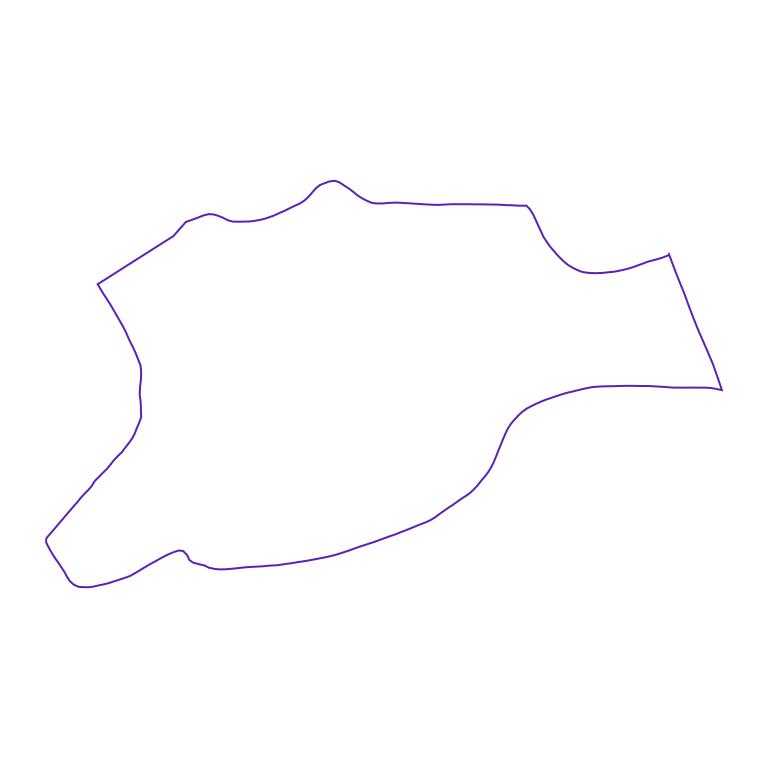 outline of Hatib, Shabwah, Yemen
{"feature_id": "15242507B74993503022427", "entity_name": "Hatib", "entity_type": "district", "adm_level": 2, "iso_a3": "YEM", "parent_name": "Yemen", "parent_adm1": "Shabwah", "projection": "natural_earth1", "projection_center": [46.508, 14.178], "detail": "fine", "context": "isolated", "style": "outline", "palette": "violet", "viewbox_px": 768, "rotation_deg": 0, "n_neighbors": 0, "source": "geoboundaries", "source_scale": "gbopen_adm2", "svg_char_len": 3854}
<svg xmlns="http://www.w3.org/2000/svg" viewBox="0 0 768 768"><path d="M721.9,390.1L721.4,388.6L717.2,376.2L713.0,364.3L708.1,352.7L703.1,341.2L698.1,329.8L693.4,318.0L688.6,305.4L684.1,293.0L679.1,280.8L674.5,269.0L669.8,256.5L668.9,254.2L668.2,255.4L662.5,257.6L656.8,259.3L652.3,260.5L647.5,261.8L643.1,263.5L637.8,265.4L632.4,267.4L627.9,268.7L623.1,269.9L618.5,270.9L613.6,271.8L608.9,272.2L603.9,272.8L598.1,273.1L592.7,273.1L586.6,272.7L581.5,271.7L576.8,269.8L572.2,267.5L568.2,265.1L564.4,262.0L560.4,258.2L556.8,254.4L553.1,250.1L549.8,246.3L546.8,241.9L543.6,237.1L540.9,231.3L538.2,225.4L535.8,220.1L533.3,214.7L529.9,209.2L526.4,205.7L521.8,205.7L517.1,205.6L511.4,205.2L506.7,205.2L501.5,204.8L496.3,204.6L490.4,204.5L483.9,204.4L477.2,204.3L472.5,204.3L467.5,204.2L462.3,204.3L457.6,204.2L451.5,204.2L445.9,204.5L438.8,204.9L433.2,204.8L427.7,204.5L420.6,204.1L414.7,203.7L409.2,203.3L404.0,203.0L398.2,202.7L393.6,202.7L388.7,202.9L383.0,203.4L377.0,203.5L372.0,202.9L366.9,200.8L362.5,198.5L357.9,195.6L353.9,192.4L349.6,189.0L344.4,185.7L339.7,182.5L335.1,180.8L329.5,181.4L324.3,183.3L319.7,185.2L315.6,188.6L312.1,192.6L308.8,196.5L304.6,200.4L299.7,203.6L294.5,205.9L289.6,208.3L284.5,210.8L279.2,213.1L273.4,215.8L268.4,217.5L264.0,219.0L259.4,220.0L253.8,221.0L248.7,221.5L243.1,221.6L238.1,221.7L232.7,221.6L227.7,220.2L222.9,217.7L218.5,215.9L213.8,214.5L209.0,214.1L203.5,215.4L198.5,217.4L193.7,219.2L187.4,221.4L185.8,222.0L173.5,236.0L97.7,284.2L97.8,284.3L100.8,289.5L103.7,294.3L106.7,298.8L109.9,303.8L112.8,308.7L115.9,314.1L118.5,318.6L121.1,323.1L123.7,327.8L126.1,332.6L128.6,338.4L131.2,343.8L133.7,348.8L135.9,353.7L138.4,360.2L140.5,365.3L141.1,370.9L141.1,376.3L140.7,381.7L140.0,387.3L139.7,394.5L140.4,399.9L140.9,405.6L140.9,411.6L141.2,417.1L138.9,423.5L136.6,428.6L134.7,433.6L131.8,439.0L128.6,443.4L124.9,448.1L121.7,452.4L117.6,456.3L113.7,460.4L110.4,464.7L107.1,468.7L102.3,473.4L98.7,477.1L94.9,480.8L91.9,485.7L88.3,490.0L84.2,494.1L80.5,498.2L77.1,502.4L73.1,506.9L48.4,535.9L46.6,537.9L46.1,539.8L46.2,542.4L47.3,544.8L49.9,549.7L52.6,554.2L55.5,558.8L58.8,563.3L61.7,567.8L64.6,572.2L67.2,577.2L70.1,581.4L74.0,584.8L78.9,586.9L84.2,587.2L89.0,587.2L93.9,586.5L99.7,585.2L105.7,583.9L110.3,582.6L115.4,580.9L120.7,579.2L125.3,577.7L129.8,576.1L134.4,573.5L139.5,570.5L144.1,567.7L149.8,564.3L154.3,561.9L158.7,559.4L163.1,557.0L167.8,554.6L173.2,552.3L178.6,550.5L183.1,551.0L187.3,555.3L189.3,559.9L193.2,562.7L199.0,564.2L204.6,565.5L205.0,565.8L208.9,567.7L214.6,568.9L219.5,569.4L225.1,569.3L230.0,568.9L235.7,568.4L241.5,567.7L246.8,567.2L251.5,566.9L256.8,566.6L261.6,566.4L266.4,565.9L271.4,565.5L276.4,565.3L281.1,564.7L286.7,563.8L291.8,563.2L297.3,562.2L302.1,561.5L308.3,560.5L314.9,559.3L320.1,558.3L325.3,557.3L330.9,556.0L335.7,554.8L340.2,553.4L344.9,551.9L349.6,550.3L355.8,548.0L361.8,546.0L368.5,543.8L374.2,542.0L379.2,540.1L384.2,538.3L389.4,536.4L395.0,534.5L400.4,532.3L405.0,530.6L410.8,528.3L416.5,525.9L421.1,524.1L426.3,522.1L430.8,519.9L435.3,517.2L439.8,513.8L443.9,510.9L448.1,507.9L452.4,505.2L456.4,502.3L461.5,498.7L465.6,496.1L469.9,493.1L473.5,489.7L477.4,485.6L481.6,480.2L484.9,476.4L488.3,472.0L491.2,467.2L493.6,462.4L496.1,456.4L498.1,451.2L500.3,445.9L503.4,438.3L505.6,433.2L508.0,428.3L510.9,423.8L514.5,419.6L518.7,415.1L522.6,411.5L526.6,408.7L531.5,406.0L536.1,403.8L540.6,401.8L545.6,399.8L550.6,398.1L555.6,396.4L561.0,394.6L566.5,392.9L571.6,391.8L576.2,390.6L582.4,389.1L587.4,388.0L592.1,387.1L597.3,386.7L602.8,386.4L608.6,386.2L613.3,386.2L618.3,386.0L624.3,385.9L630.3,385.9L635.2,385.9L640.2,386.0L645.6,386.0L650.6,386.1L655.6,386.4L662.2,386.8L667.8,387.2L672.9,387.6L678.2,387.6L684.0,387.7L690.0,387.6L694.8,387.6L700.7,387.7L706.2,387.7L711.0,388.0L715.6,388.8L720.8,389.9L721.9,390.1Z" fill="none" stroke="#5b21b6" stroke-width="2"/></svg>